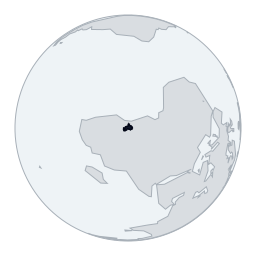 Malanje highlighted on a globe, orthographic projection, rotated 103°
{"feature_id": "AGO-1876", "entity_name": "Malanje", "entity_type": "Province", "adm_level": 1, "iso_a3": "AGO", "parent_name": "Angola", "parent_adm1": "", "projection": "orthographic", "projection_center": [17.064, -9.524], "detail": "fine", "context": "on_globe", "style": "filled", "palette": "ink", "viewbox_px": 256, "rotation_deg": 103, "n_neighbors": 0, "source": "natural_earth", "source_scale": "10m", "svg_char_len": 6985}
<svg xmlns="http://www.w3.org/2000/svg" viewBox="0 0 256 256"><g transform="rotate(103 128 128)"><circle cx="128" cy="128" r="113" fill="#eef3f6" stroke="#a8b0b8"/><path d="M65.3,34.4L63.6,35.7L62.0,36.9L57.8,39.9L57.5,40.2L65.3,34.4ZM50.6,46.2L51.1,45.7L53.0,44.0L51.7,45.3L48.6,48.1L50.6,46.2ZM17.1,108.5L18.0,103.6L17.6,106.1L19.4,103.8L18.9,105.4L20.2,111.4L23.6,113.0L24.3,117.4L23.7,120.5L25.4,120.8L25.4,122.7L33.6,123.4L39.3,127.2L40.1,134.1L37.3,142.9L39.4,160.3L35.6,167.5L37.8,174.6L40.2,185.7L37.5,186.1L41.5,190.6L42.6,194.0L41.7,195.0L44.4,198.4L43.9,199.1L46.2,200.9L49.5,206.0L53.4,209.2L56.9,213.2L59.4,215.0L59.2,215.2L60.1,216.2L61.6,217.3L59.1,216.3L53.7,212.0L51.1,209.4L50.8,209.4L44.8,202.8L45.9,204.4L38.2,195.3L32.9,187.1L22.1,164.7L20.5,160.7L19.3,157.5L17.4,149.5L16.2,141.3L15.5,133.1L15.4,124.9L15.9,116.7L17.1,108.5ZM64.6,218.8L60.0,216.9L61.9,217.6L59.8,215.4L63.5,217.2L64.6,218.8ZM59.9,213.0L59.5,211.5L60.4,212.0L60.9,213.1L59.9,213.0ZM156.9,19.1L159.3,19.8L158.0,19.4L165.6,21.8L173.1,24.8L180.4,28.3L187.4,32.3L194.1,36.8L200.4,41.7L206.4,47.1L212.0,52.9L217.1,59.1L221.8,65.7L226.0,72.5L229.7,79.7L232.9,87.0L235.6,94.6L237.7,102.4L239.2,110.3L239.3,110.8L238.9,108.2L236.8,100.0L238.1,107.7L239.8,116.0L240.5,124.6L240.0,120.8L239.1,113.2L238.3,110.1L237.2,103.3L234.2,92.6L233.5,93.3L232.4,89.4L228.0,80.4L226.4,81.3L224.7,89.5L226.5,99.6L225.1,103.5L218.3,87.5L214.5,77.7L212.5,78.0L205.1,69.3L193.7,67.0L191.7,64.5L189.6,65.3L184.3,62.5L181.1,58.7L178.1,58.6L186.6,68.8L189.8,69.0L191.9,65.7L193.7,69.3L198.7,73.2L194.5,81.1L176.9,87.4L174.6,79.8L158.0,60.1L158.2,58.1L158.1,57.9L157.8,57.4L156.9,60.7L153.9,57.1L163.4,70.1L165.2,76.0L176.7,87.8L175.7,89.0L179.2,91.6L189.7,89.8L189.9,92.3L185.3,103.8L170.3,119.9L172.0,131.9L170.3,142.3L160.3,148.9L160.4,157.3L155.1,160.0L154.3,164.8L149.7,169.9L142.2,174.7L130.1,174.9L129.9,170.4L124.8,162.0L117.8,142.1L121.4,133.0L120.6,126.2L111.8,111.7L113.8,103.6L111.3,100.4L106.2,101.5L103.3,97.8L100.2,97.9L80.5,102.7L74.2,98.5L66.0,84.9L69.4,78.7L69.5,72.3L92.3,49.2L97.7,49.6L116.2,45.9L118.6,46.5L117.0,50.8L131.4,55.9L135.4,52.1L147.9,55.3L155.8,55.5L157.6,47.6L144.6,47.0L141.8,43.2L151.7,40.4L163.0,41.6L162.2,40.3L154.6,36.8L156.7,34.7L151.9,35.5L154.2,36.9L151.3,37.6L149.0,36.4L149.8,35.6L146.3,34.9L143.3,39.4L145.3,41.3L136.3,42.1L138.8,45.5L136.6,47.1L131.5,42.0L131.6,40.2L122.6,35.5L121.7,37.4L130.1,42.1L127.7,41.8L126.5,44.9L125.5,42.3L116.5,37.1L108.1,38.9L98.3,47.5L93.2,48.8L88.5,47.9L91.3,40.0L102.4,38.1L103.5,35.8L100.6,33.1L104.2,32.9L104.3,31.8L108.4,31.2L113.5,28.2L117.6,27.7L118.9,24.7L121.2,24.2L119.8,26.0L120.9,27.2L131.0,26.8L132.7,26.2L132.8,24.4L135.5,24.7L134.3,23.1L139.8,22.7L132.1,22.0L132.0,20.5L134.9,19.5L133.5,19.0L128.7,20.7L128.1,21.6L129.7,22.4L126.7,25.4L123.4,26.0L121.3,22.9L116.4,23.7L116.9,21.4L129.4,17.3L135.0,17.0L145.6,18.9L144.7,19.5L140.4,18.9L144.9,20.6L144.3,19.8L146.6,20.3L147.0,19.4L148.7,19.7L146.3,18.5L148.4,18.8L149.8,19.6L152.3,19.0L156.4,19.7L156.1,19.5L154.7,19.1L160.9,20.6L160.4,20.4L158.2,19.8L155.9,19.0L154.2,18.5L156.4,19.0L157.3,19.3L162.6,20.9L164.7,21.9L165.4,22.1L164.1,21.4L157.7,19.4L156.2,19.0L156.9,19.1ZM85.2,59.7L84.7,61.5L85.2,59.7ZM175.5,47.7L181.8,49.0L177.9,43.9L180.0,44.1L177.9,42.4L177.6,43.5L172.2,39.3L174.6,38.5L173.3,36.6L171.1,36.2L167.6,38.5L175.2,44.3L174.2,46.0L175.5,47.7ZM19.5,103.7L19.5,104.7L19.1,105.0L19.5,103.7ZM21.7,90.9L21.9,91.0L21.4,92.0L21.7,90.9ZM21.7,90.9L21.6,91.1L21.1,92.4L21.7,90.9ZM51.7,45.2L51.8,45.1L50.9,45.9L51.7,45.2ZM57.5,40.7L55.3,42.9L56.3,41.8L54.6,43.1L54.6,42.7L61.2,37.5L58.2,39.8L57.5,40.7ZM101.2,27.2L102.8,27.5L101.5,28.8L96.3,30.4L98.1,28.5L101.2,27.2ZM105.3,27.8L104.7,24.8L107.9,24.0L106.2,24.9L108.4,24.7L106.3,26.1L109.9,28.7L109.0,30.1L100.0,31.7L103.4,30.3L101.6,29.9L105.3,27.8ZM97.5,21.5L97.2,21.1L104.4,19.8L103.8,20.5L98.7,21.8L96.3,21.9L97.5,21.5ZM114.4,16.2L113.3,16.4L111.7,16.6L111.8,16.6L110.3,16.8L109.9,17.0L106.9,17.5L106.1,17.8L105.2,17.9L104.6,18.4L103.7,18.3L101.8,18.9L103.7,18.6L88.8,22.7L83.3,25.0L79.2,27.1L78.2,27.2L81.4,25.5L82.8,24.8L90.5,21.8L98.3,19.3L106.3,17.5L114.4,16.2ZM121.1,44.8L122.9,44.9L125.6,44.6L124.9,46.8L121.1,44.8ZM114.8,41.3L116.4,40.9L116.8,43.5L114.9,43.5L114.8,41.3ZM117.0,38.7L116.5,40.7L115.6,39.7L117.0,38.7ZM121.2,25.7L122.9,25.4L123.1,25.8L122.4,26.5L121.2,25.7ZM128.0,15.6L126.6,15.5L127.0,15.5L125.7,15.4L128.0,15.4L129.7,15.4L128.0,15.6ZM155.5,48.8L153.4,50.2L152.2,49.4L153.1,49.1L155.5,48.8ZM138.6,48.1L142.6,49.2L138.3,48.7L138.6,48.1ZM130.3,15.5L129.5,15.5L131.2,15.5L130.3,15.5ZM129.6,15.4L131.5,15.4L128.1,15.4L129.6,15.4ZM186.6,203.8L186.3,205.5L185.1,205.4L186.6,203.8ZM187.8,142.2L179.1,160.2L174.3,159.9L174.1,154.2L177.7,143.1L183.6,140.5L186.6,135.7L187.8,142.2ZM239.6,143.5L239.6,143.4L239.8,140.7L240.0,139.1L240.0,140.2L239.6,143.5ZM240.0,138.9L240.0,131.6L237.8,113.6L238.6,114.8L240.5,126.7L240.4,128.2L240.5,133.6L240.0,138.9ZM227.0,100.7L229.1,107.5L228.1,108.1L227.0,100.7ZM148.7,17.3L148.2,17.3L149.2,17.7L152.1,18.5L147.6,17.6L146.1,16.9L148.2,17.2L148.7,17.3Z" fill="#d9dde1" stroke="#a8b0b8" stroke-width="1"/><path d="M128.1,123.8L128.2,124.0L128.3,124.1L128.4,124.3L128.5,124.4L128.5,124.5L128.7,124.8L128.8,124.8L128.7,124.8L128.8,124.9L128.8,125.0L128.9,125.3L129.0,125.3L128.9,125.6L129.0,125.6L128.9,125.8L128.9,126.0L129.0,126.2L129.0,126.3L129.0,126.6L129.0,126.8L129.0,127.1L129.0,127.3L128.9,127.4L128.7,127.5L128.6,127.9L128.7,128.0L128.8,128.2L128.8,128.3L129.0,128.3L129.1,128.5L129.3,128.6L130.3,128.9L130.3,129.0L130.2,129.2L130.2,129.3L130.2,129.5L130.3,129.6L130.5,129.7L130.6,129.8L130.7,129.7L130.8,129.8L130.7,129.8L130.8,129.8L130.9,130.0L131.0,130.0L131.0,130.3L131.0,130.5L131.3,130.8L131.3,131.0L131.2,131.0L131.3,131.1L131.3,131.3L131.4,131.5L131.2,131.6L130.9,131.7L130.8,131.8L130.7,131.9L130.6,132.0L130.4,132.0L130.3,131.9L130.1,132.0L129.9,132.0L129.8,131.9L129.7,131.9L129.6,131.7L129.5,131.9L129.4,132.0L129.2,132.2L129.1,132.3L128.8,132.2L128.8,131.9L128.9,131.7L128.8,131.4L128.7,131.4L128.7,131.2L128.7,131.3L128.7,131.2L128.8,131.1L128.7,131.1L128.6,130.9L128.6,130.7L128.4,130.6L128.2,130.6L127.9,130.5L127.7,130.4L127.5,130.5L127.5,130.4L127.4,130.4L127.2,130.3L127.2,130.2L126.9,129.8L126.8,129.7L126.7,129.5L126.6,129.4L126.6,129.2L126.6,128.9L126.5,128.7L126.4,128.6L126.3,128.4L126.2,128.4L125.9,128.4L125.7,128.4L125.5,128.5L125.3,128.5L125.2,128.5L124.9,128.5L124.7,128.6L124.4,128.5L124.3,128.4L124.2,128.4L124.3,128.3L124.3,128.2L124.2,128.0L124.3,127.9L124.2,127.7L124.3,127.7L124.5,127.6L124.6,127.4L124.8,127.4L125.0,127.3L125.2,127.1L125.3,126.9L125.3,126.7L125.4,126.4L125.2,126.3L125.2,126.2L125.3,126.0L125.3,125.9L125.5,125.8L125.6,125.7L125.5,125.4L125.8,125.4L126.0,125.3L126.1,125.2L126.2,124.9L126.1,124.4L126.1,124.2L126.3,124.2L126.5,124.1L126.6,123.9L127.0,123.7L127.2,123.8L127.3,123.9L127.4,124.1L127.5,124.2L127.8,124.2L127.8,123.9L128.0,123.8L128.1,123.8Z" fill="#0f172a" stroke="#020617" stroke-width="1.5"/></g></svg>